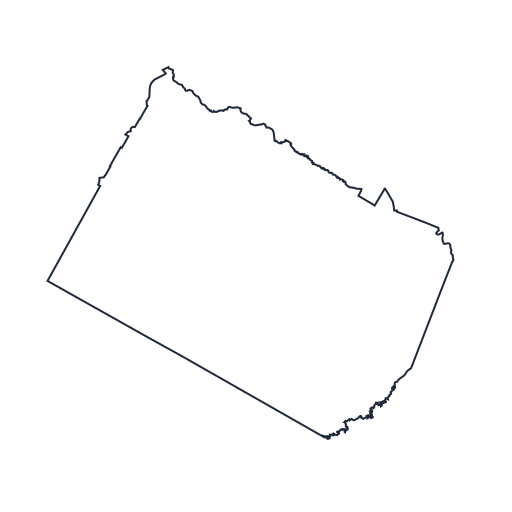 Whitehorse, Victoria, Australia, rotated 21°
{"feature_id": "25037944B93635537501367", "entity_name": "Whitehorse", "entity_type": "district", "adm_level": 2, "iso_a3": "AUS", "parent_name": "Australia", "parent_adm1": "Victoria", "projection": "orthographic", "projection_center": [145.175, -37.829], "detail": "fine", "context": "isolated", "style": "outline", "palette": "slate", "viewbox_px": 512, "rotation_deg": 21, "n_neighbors": 0, "source": "geoboundaries", "source_scale": "gbopen_adm2", "svg_char_len": 6104}
<svg xmlns="http://www.w3.org/2000/svg" viewBox="0 0 512 512"><g transform="rotate(21 256 256)"><path d="M70.3,354.0L184.2,370.7L222.2,376.0L385.7,400.9L384.1,399.7L385.4,399.6L386.2,399.8L386.6,398.8L387.1,398.6L388.2,399.0L387.5,400.1L387.4,400.8L388.7,401.0L389.0,399.7L389.9,400.0L390.1,399.8L389.0,397.8L388.9,396.6L389.8,396.9L389.7,396.3L390.5,395.7L391.1,395.5L392.1,395.9L392.5,395.7L392.8,394.9L391.7,394.4L391.8,393.9L392.9,394.0L393.4,394.8L394.6,394.3L395.9,394.2L396.2,393.1L397.1,392.2L397.2,391.7L396.6,391.2L395.0,391.4L394.8,391.0L396.7,389.4L397.3,387.8L398.3,386.7L398.6,386.7L399.1,387.3L400.0,386.3L400.1,385.9L400.4,385.9L401.1,386.4L401.9,388.6L402.3,388.7L402.2,387.7L402.6,386.5L402.5,384.7L402.8,384.5L403.6,384.9L403.6,384.5L402.6,382.8L401.1,383.1L400.6,382.4L400.6,381.6L400.4,381.0L399.7,380.6L398.8,379.5L398.0,379.5L398.4,378.9L398.6,377.8L399.6,378.1L400.0,377.9L401.6,374.8L402.2,374.8L402.5,375.5L403.7,373.8L405.3,374.3L406.5,374.2L406.8,373.9L407.5,372.9L409.0,371.5L410.6,368.1L411.6,367.8L411.8,368.1L411.5,369.0L414.3,369.7L415.7,368.1L417.0,367.2L417.0,366.9L416.7,366.2L418.0,366.5L417.4,365.0L417.6,364.5L418.8,364.3L418.8,366.4L419.9,364.6L420.3,365.7L421.2,366.0L422.1,365.6L422.8,364.9L422.7,364.4L421.6,363.9L421.2,362.9L419.9,363.6L419.9,363.2L420.4,362.6L418.9,361.9L418.7,361.4L418.9,361.2L420.2,361.0L420.3,359.7L419.9,359.4L419.3,359.7L418.2,359.7L419.2,358.4L418.2,358.3L417.5,357.3L418.8,355.6L419.9,356.0L420.5,355.5L420.5,354.2L420.0,353.6L420.2,352.0L420.8,351.1L420.6,349.9L422.2,349.6L422.6,349.8L422.5,350.0L421.7,350.4L421.6,350.8L424.3,351.3L424.9,349.9L425.4,349.7L425.8,349.9L426.5,351.4L427.0,350.4L426.1,348.4L424.6,348.0L425.5,347.6L426.5,346.3L426.8,346.6L426.7,348.1L427.2,348.1L427.9,347.5L427.6,346.6L429.1,346.3L429.6,345.9L429.7,345.6L429.2,345.2L427.9,345.1L428.3,343.3L428.1,342.2L428.9,342.1L430.5,342.4L429.9,341.3L430.0,339.9L430.2,339.3L430.8,339.0L430.8,338.6L430.4,338.2L431.6,336.1L431.5,335.8L430.8,335.6L430.5,334.6L432.6,330.9L432.5,330.4L432.3,330.3L432.0,331.3L431.4,330.9L430.9,331.4L430.6,331.3L430.4,331.1L430.3,330.1L431.1,328.4L432.7,329.4L433.0,329.1L431.1,325.3L431.0,324.5L431.2,323.9L432.7,323.0L433.4,320.5L434.0,319.2L436.9,314.8L437.5,313.5L438.4,309.3L441.0,305.0L441.1,210.5L441.3,190.7L441.5,190.6L441.7,188.8L441.3,188.6L440.8,187.5L440.0,186.4L439.6,184.9L437.8,184.0L437.1,183.3L436.6,182.3L436.3,180.3L434.8,179.0L433.1,175.8L432.0,175.2L430.9,175.2L427.8,177.1L426.8,177.1L426.3,176.7L425.8,175.9L424.7,174.8L423.6,172.6L422.9,169.3L421.9,167.4L421.5,167.3L421.2,167.6L419.6,169.8L418.6,170.6L417.5,170.9L416.4,170.6L416.1,170.0L416.1,169.3L417.5,166.5L417.0,166.0L416.2,164.4L403.1,164.1L371.7,164.2L371.1,163.0L368.8,164.1L367.1,160.9L364.3,156.3L354.7,148.6L352.2,146.9L352.0,147.3L348.7,166.3L330.1,163.1L330.7,157.6L330.5,155.8L328.9,155.9L328.0,156.5L325.7,157.1L322.2,157.3L321.5,157.8L320.8,157.6L319.2,158.3L318.3,157.9L316.8,158.1L313.7,156.6L313.6,155.6L312.8,154.8L311.8,154.9L311.4,155.2L311.1,154.9L310.5,155.1L309.9,154.4L309.9,154.1L310.3,153.9L310.1,153.8L307.0,153.8L306.7,153.9L306.7,154.3L305.7,153.4L304.7,153.0L304.1,153.3L304.7,153.8L304.0,154.0L303.2,153.4L302.9,152.7L302.2,152.9L301.7,152.4L300.4,151.9L298.9,152.5L297.9,151.9L297.4,151.3L296.6,151.1L295.6,151.9L294.4,151.9L293.5,151.5L293.0,150.5L292.1,150.1L290.3,150.9L289.2,150.3L288.8,150.9L288.5,150.8L288.5,150.4L288.0,149.8L286.6,149.8L286.4,150.0L286.5,150.6L286.2,150.8L285.4,150.3L284.4,150.2L284.0,149.4L283.2,149.1L282.0,149.2L281.3,149.8L280.3,149.3L277.1,149.5L276.2,149.8L275.9,149.6L276.2,148.6L274.6,148.5L274.7,147.6L274.2,147.1L271.6,146.7L271.2,146.0L269.4,146.2L268.7,145.7L269.1,145.3L268.7,145.1L269.1,144.7L268.9,144.3L268.3,143.9L267.5,144.1L267.7,144.7L266.4,145.2L265.7,144.6L265.7,145.1L265.5,145.3L264.6,143.7L264.0,144.0L263.8,144.6L263.3,144.2L262.5,144.1L262.0,144.7L262.0,145.1L261.2,145.2L260.9,144.8L259.1,145.1L258.0,144.1L257.6,144.2L257.6,144.5L256.6,144.6L256.5,144.1L254.9,144.0L254.5,143.6L254.1,143.7L253.7,143.0L252.5,142.2L251.4,141.9L249.3,140.7L248.2,139.4L248.7,138.7L248.1,138.1L245.3,137.6L244.4,137.2L243.5,137.8L242.7,137.6L242.3,137.1L241.8,137.3L241.8,137.7L242.1,138.3L241.6,139.2L239.8,140.4L239.5,141.5L238.6,140.9L238.5,141.6L237.8,142.3L235.6,142.1L233.7,141.3L233.2,141.3L232.9,141.8L232.1,141.7L228.2,134.3L226.4,132.4L225.4,132.0L221.4,131.5L220.1,132.3L218.3,131.2L218.0,130.9L218.0,130.5L217.2,130.0L216.5,129.8L215.2,129.9L213.8,131.5L212.2,131.9L211.5,132.7L209.8,133.4L209.1,134.2L207.1,134.5L205.3,134.3L204.3,134.7L203.3,134.2L202.5,133.1L202.1,133.0L202.1,132.6L201.1,132.2L201.8,131.5L201.8,130.2L202.1,129.5L201.9,129.3L199.9,128.8L198.8,127.9L197.5,127.8L196.0,126.8L193.7,127.5L190.9,127.1L190.1,126.5L188.5,124.3L188.8,124.1L188.8,123.7L188.5,123.6L184.8,123.9L184.0,124.7L181.3,125.9L177.3,126.5L176.8,127.0L176.6,129.4L176.0,129.8L175.3,129.7L174.9,130.3L174.0,130.9L173.8,132.1L173.1,132.4L172.4,132.2L170.8,132.7L169.5,133.8L168.7,134.1L168.5,134.8L167.2,135.9L166.6,136.0L164.8,135.7L164.7,136.7L163.5,137.2L162.9,137.1L162.0,136.3L161.2,137.2L160.5,136.4L160.0,136.2L159.5,136.4L158.2,135.8L156.4,134.9L155.5,134.1L153.9,133.5L151.5,133.6L149.7,132.7L149.0,132.1L148.7,131.1L145.2,128.1L142.2,127.7L140.1,127.0L138.4,125.9L137.6,124.8L134.4,124.7L133.3,125.5L132.6,126.4L131.5,126.9L130.6,126.6L129.7,125.4L127.2,124.3L125.8,122.8L121.8,123.2L119.6,122.2L116.2,121.7L114.9,120.2L114.6,119.5L114.5,118.9L115.1,118.3L114.5,117.8L114.6,116.5L112.4,114.6L112.1,113.5L112.2,112.9L112.0,112.3L110.8,112.1L107.5,112.1L106.6,111.0L102.3,115.7L106.3,117.9L106.4,118.3L98.2,127.5L97.0,130.0L96.3,132.5L96.2,134.4L96.5,136.9L99.4,145.7L98.6,150.5L98.3,150.7L100.4,154.9L100.8,154.8L98.5,169.8L98.2,169.7L96.7,179.0L95.1,179.4L93.9,180.5L93.6,181.5L93.5,182.5L93.8,183.4L94.4,184.3L91.7,186.4L91.4,186.9L91.2,188.3L90.6,189.4L94.0,189.9L92.0,203.1L90.7,202.9L87.4,224.5L88.0,224.6L86.5,234.5L86.1,234.9L85.8,237.0L81.8,239.2L82.6,240.9L83.0,242.6L83.2,244.3L83.1,246.1L85.4,246.4L70.3,354.0Z" fill="none" stroke="#1e293b" stroke-width="2"/></g></svg>